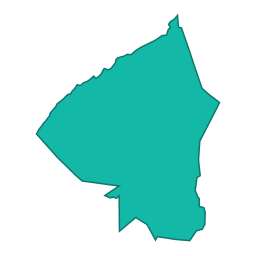 outline of Panelas, Pernambuco, Brazil
{"feature_id": "56859067B81090165312153", "entity_name": "Panelas", "entity_type": "district", "adm_level": 2, "iso_a3": "BRA", "parent_name": "Brazil", "parent_adm1": "Pernambuco", "projection": "natural_earth1", "projection_center": [-36.058, -8.657], "detail": "fine", "context": "isolated", "style": "filled", "palette": "teal", "viewbox_px": 256, "rotation_deg": 0, "n_neighbors": 0, "source": "geoboundaries", "source_scale": "gbopen_adm2", "svg_char_len": 1300}
<svg xmlns="http://www.w3.org/2000/svg" viewBox="0 0 256 256"><path d="M104.2,68.5L102.5,71.2L101.5,73.6L98.8,76.5L95.8,78.4L93.7,76.1L89.1,80.2L86.8,81.6L83.4,82.9L80.4,85.6L77.3,84.7L74.5,88.9L72.2,91.1L70.5,94.0L67.9,94.5L65.8,96.3L63.5,98.9L60.7,101.1L57.0,104.0L55.7,106.9L52.9,109.9L50.1,113.2L49.5,116.1L47.6,118.3L45.5,121.3L43.7,122.9L42.0,125.6L38.9,129.5L36.5,134.0L57.6,157.6L75.6,175.2L82.2,181.0L110.1,184.8L119.1,185.9L104.8,195.5L110.1,197.9L113.4,197.1L116.3,198.3L119.1,195.8L119.3,210.4L119.4,228.4L119.5,231.2L135.7,217.5L143.2,222.2L147.0,224.4L155.5,240.0L157.3,236.6L159.8,237.1L164.0,237.6L175.4,239.4L189.8,240.6L192.4,236.7L196.3,230.9L202.3,229.2L204.8,224.4L205.2,212.0L203.8,207.6L199.3,206.5L199.3,202.6L199.3,198.8L197.6,196.3L195.2,190.5L197.0,177.5L200.2,175.7L198.5,160.0L199.3,148.2L199.8,141.2L215.0,111.6L216.6,108.5L219.5,102.6L214.4,98.6L209.4,94.9L202.0,88.3L193.8,64.3L189.9,52.2L181.4,27.8L178.4,27.2L177.5,15.4L174.9,18.5L172.6,20.4L170.3,21.6L168.6,24.4L170.4,27.8L168.4,29.3L167.5,31.9L166.6,35.1L162.1,35.6L156.2,39.7L153.0,41.4L148.3,43.7L141.7,46.9L137.1,49.6L133.2,52.7L131.3,54.7L127.2,54.3L124.3,56.1L121.0,56.9L117.5,58.0L115.9,59.9L115.4,62.9L113.4,65.3L111.3,68.1L108.5,69.9L104.2,68.5Z" fill="#14b8a6" stroke="#0f766e" stroke-width="1.5"/></svg>